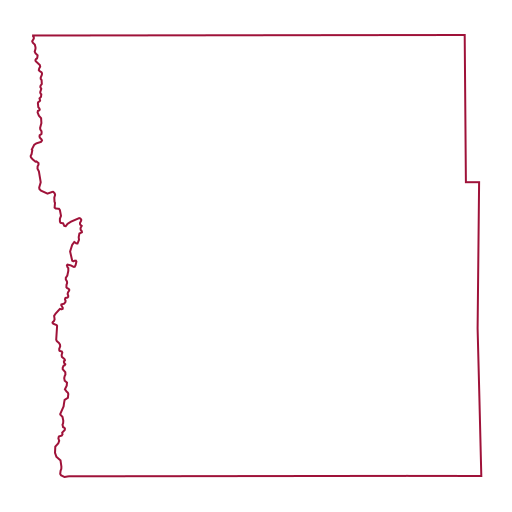 Clay, Minnesota, United States of America
{"feature_id": "52423323B41425910049088", "entity_name": "Clay", "entity_type": "district", "adm_level": 2, "iso_a3": "USA", "parent_name": "United States of America", "parent_adm1": "Minnesota", "projection": "robinson", "projection_center": [-96.781, 46.89], "detail": "fine", "context": "isolated", "style": "outline", "palette": "rose", "viewbox_px": 512, "rotation_deg": 0, "n_neighbors": 0, "source": "geoboundaries", "source_scale": "gbopen_adm2", "svg_char_len": 2890}
<svg xmlns="http://www.w3.org/2000/svg" viewBox="0 0 512 512"><path d="M60.2,473.9L61.0,475.3L64.5,477.0L68.5,476.3L407.3,475.9L481.3,476.0L479.5,402.1L477.6,328.4L479.1,182.2L465.9,182.2L464.7,35.0L33.1,35.5L33.1,36.4L33.8,37.2L33.8,38.6L32.2,41.2L32.8,42.7L34.8,44.6L35.5,47.3L35.5,48.8L34.7,51.6L35.5,53.3L37.6,55.3L37.4,57.1L37.0,58.5L36.1,58.9L35.4,60.1L35.7,61.2L39.8,65.0L40.2,66.7L39.2,68.4L38.8,70.1L39.6,71.1L41.4,72.2L42.0,73.2L41.9,74.7L40.7,77.6L40.7,78.9L41.6,80.1L41.8,84.0L40.6,85.6L40.3,87.0L41.3,88.8L40.2,92.2L40.5,93.5L41.3,94.3L41.0,96.8L39.5,98.4L40.1,100.5L39.8,101.1L38.1,102.3L37.9,103.2L38.3,107.2L39.4,108.5L39.7,109.7L39.2,110.4L37.9,110.9L37.6,112.5L38.9,115.7L41.1,118.2L41.4,123.1L40.1,127.9L40.3,129.5L41.5,131.2L41.6,132.9L41.4,134.1L39.7,135.2L39.5,136.3L39.8,137.6L41.6,139.5L42.0,140.5L41.0,141.9L36.3,143.4L34.2,144.8L31.8,149.5L32.3,150.2L31.5,154.5L30.8,155.5L30.7,156.5L31.0,157.4L32.6,159.3L35.5,161.7L36.4,161.4L38.5,163.1L38.5,164.7L37.6,166.3L37.5,168.7L38.9,171.4L40.7,182.2L40.6,182.7L39.2,187.5L39.4,189.0L40.9,190.6L47.5,193.6L52.3,191.9L53.3,191.9L54.7,193.4L55.1,194.9L54.3,197.6L54.5,201.7L55.0,202.9L54.6,207.6L55.7,208.5L59.0,208.8L59.9,210.1L61.0,215.9L59.9,218.7L59.9,221.3L60.3,222.5L60.7,222.9L63.1,223.3L64.3,225.9L65.7,226.2L67.6,223.8L71.1,221.6L79.2,218.1L80.2,218.4L81.2,219.5L81.2,220.6L80.0,222.9L80.0,223.8L80.2,224.6L81.7,225.9L80.7,227.6L80.5,228.9L80.8,230.1L81.1,230.4L81.8,231.2L81.9,232.3L79.4,233.5L78.7,237.2L79.0,239.8L77.5,243.5L76.3,243.4L74.3,242.0L72.2,244.8L70.1,251.5L72.2,260.7L73.3,261.3L74.7,260.7L75.9,260.7L76.4,261.6L75.6,265.1L74.7,266.8L73.7,266.9L70.8,265.4L67.5,264.6L66.9,265.3L67.5,267.2L68.3,268.1L68.3,270.9L67.3,275.6L65.8,277.8L65.8,279.5L66.9,281.3L67.1,282.4L67.0,283.5L66.5,284.7L66.4,287.3L67.2,288.2L68.4,288.7L69.2,289.5L69.2,290.5L68.0,292.4L67.6,294.0L68.2,295.5L68.2,296.8L67.5,297.6L65.5,297.9L65.2,298.4L65.0,299.6L65.6,300.8L65.4,302.1L64.1,303.7L61.4,304.4L61.2,305.1L62.8,307.9L62.6,308.9L61.4,309.3L59.9,308.9L55.6,313.6L54.1,315.9L54.3,317.1L54.6,319.4L53.9,321.1L52.8,322.0L52.5,322.8L53.2,323.7L56.6,325.1L57.1,325.9L56.2,339.7L56.8,341.1L57.6,341.8L58.9,342.9L60.0,344.6L60.2,346.3L59.2,348.9L59.3,350.4L59.6,350.9L61.8,351.5L62.3,352.6L61.6,355.1L61.9,356.9L64.4,359.0L64.9,360.0L64.9,360.5L63.9,361.2L64.0,362.7L65.3,364.2L64.7,365.3L63.6,365.6L62.7,367.7L62.7,369.2L65.3,372.2L65.4,374.6L64.7,376.0L64.2,378.1L64.7,380.7L67.0,382.6L66.7,385.7L64.9,389.3L66.7,391.7L67.8,392.6L68.3,394.0L67.9,397.8L64.6,399.9L64.0,403.4L63.6,406.4L60.2,414.1L60.4,414.7L62.5,416.9L63.3,420.8L63.1,423.3L62.5,424.7L63.1,427.2L64.3,427.7L64.9,428.5L64.8,429.9L62.2,432.6L62.5,434.4L61.7,435.6L59.0,436.4L58.7,436.9L58.4,438.5L59.2,440.8L58.3,443.3L55.3,446.6L55.0,452.8L56.4,456.8L60.5,460.4L61.4,466.7L61.3,468.9L60.6,470.7L60.2,473.9Z" fill="none" stroke="#9f1239" stroke-width="2"/></svg>